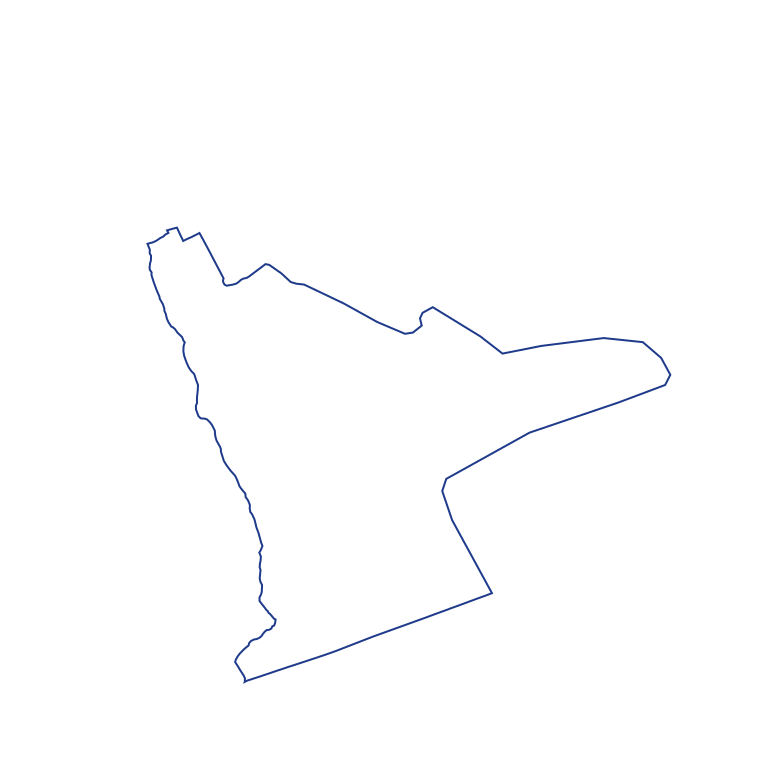 outline of Karrari, Khartoum, Sudan, rotated 153°
{"feature_id": "16777658B93959590111568", "entity_name": "Karrari", "entity_type": "district", "adm_level": 2, "iso_a3": "SDN", "parent_name": "Sudan", "parent_adm1": "Khartoum", "projection": "mercator", "projection_center": [32.496, 16.026], "detail": "fine", "context": "isolated", "style": "outline", "palette": "blue", "viewbox_px": 768, "rotation_deg": 153, "n_neighbors": 0, "source": "geoboundaries", "source_scale": "gbopen_adm2", "svg_char_len": 2998}
<svg xmlns="http://www.w3.org/2000/svg" viewBox="0 0 768 768"><g transform="rotate(153 384 384)"><path d="M382.8,148.6L382.8,149.5L385.1,231.8L380.7,262.2L371.6,271.2L276.5,274.6L183.6,261.1L133.9,255.5L124.7,262.2L125.2,281.4L134.4,303.8L167.4,325.2L226.8,346.6L264.6,357.3L276.5,382.6L305.7,430.3L317.3,429.9L322.1,426.2L323.9,418.9L334.9,416.7L342.5,419.2L361.9,442.3L383.2,473.9L410.0,508.8L416.6,513.2L420.8,517.2L425.2,529.1L432.2,542.3L435.2,544.6L455.8,541.0L458.4,540.9L461.7,541.8L464.4,541.7L466.7,541.0L469.8,540.5L473.3,541.1L479.5,543.0L480.9,544.8L481.1,547.6L480.3,549.6L479.0,550.9L479.4,583.7L479.6,593.4L479.9,602.3L483.0,602.3L488.7,602.3L491.7,602.5L494.0,602.6L498.0,602.6L497.9,604.8L497.8,609.6L497.5,617.3L500.6,618.0L507.5,619.4L507.5,616.5L511.3,616.4L513.3,615.6L517.3,615.6L521.7,615.0L525.4,615.1L531.1,616.3L531.7,610.0L533.5,606.6L533.3,604.1L534.8,601.3L535.9,599.6L537.7,597.7L540.1,594.0L540.8,592.1L540.4,588.9L541.7,586.7L542.9,579.7L544.0,570.6L544.4,563.9L545.1,561.8L544.8,555.5L545.4,551.3L546.5,548.7L546.6,545.6L547.2,543.2L547.8,540.8L548.0,536.7L547.7,534.1L547.5,531.9L546.3,530.2L545.3,527.8L545.0,525.5L544.6,523.1L543.2,519.3L542.6,517.3L543.0,513.6L542.6,511.6L544.4,509.8L545.6,508.4L548.0,504.0L549.3,499.7L550.2,492.7L550.4,487.2L549.9,483.2L548.6,479.1L549.8,471.3L550.2,467.4L551.7,464.9L553.0,462.6L556.2,457.8L558.2,454.2L559.2,452.0L561.5,450.0L562.3,448.2L563.1,446.5L563.9,439.7L563.0,436.8L561.5,435.7L559.1,434.3L557.7,432.6L556.4,428.7L555.9,425.7L555.9,422.0L555.9,419.3L557.7,415.0L558.3,412.9L558.9,409.5L558.6,402.8L558.8,400.3L560.0,397.7L561.6,388.3L561.2,383.0L560.0,376.2L558.3,369.9L558.3,367.4L558.6,363.2L559.2,358.2L558.3,353.3L557.3,349.4L558.6,346.1L558.0,342.3L558.2,339.1L558.5,336.9L560.1,334.2L561.2,330.8L560.7,327.7L560.9,322.1L561.6,319.0L562.8,314.0L563.4,308.5L564.8,301.7L565.5,298.4L565.8,294.9L569.0,292.1L571.7,290.3L572.0,286.2L574.4,282.3L576.1,280.3L578.1,276.9L578.4,274.4L582.0,268.8L583.0,267.2L583.9,263.9L583.9,260.2L587.4,254.1L589.3,252.1L591.7,250.5L593.4,247.2L592.7,243.2L591.8,238.8L591.4,236.2L590.7,234.3L590.7,232.4L589.9,230.7L589.2,227.8L588.6,225.0L587.5,223.4L589.5,220.5L591.6,218.6L593.5,218.8L595.5,217.2L598.2,217.2L600.3,218.0L602.9,217.4L605.3,216.3L607.8,214.9L610.7,214.4L613.4,214.6L615.8,215.4L619.2,215.4L621.7,214.4L623.4,212.5L626.4,211.9L629.5,211.1L634.8,209.3L638.1,207.7L641.5,205.4L642.9,203.7L642.6,201.4L642.3,198.0L642.1,194.8L641.4,188.0L641.5,185.0L643.0,182.2L643.2,181.9L643.3,181.8L642.3,181.8L641.7,181.8L640.3,181.8L637.4,181.3L626.7,179.6L625.4,179.4L625.1,179.4L622.5,179.0L608.0,176.9L606.3,176.6L598.0,175.4L589.4,174.0L566.6,170.5L561.3,169.7L552.5,168.5L547.6,167.9L513.0,164.4L512.8,164.4L506.6,163.7L486.9,161.2L468.5,158.9L451.8,156.8L443.9,155.9L428.4,154.0L427.9,154.0L415.9,152.5L415.0,152.4L410.0,151.8L406.2,151.4L403.7,151.1L393.7,149.9L390.2,149.4L383.6,148.7L382.9,148.6L382.8,148.6Z" fill="none" stroke="#1e3a8a" stroke-width="2"/></g></svg>